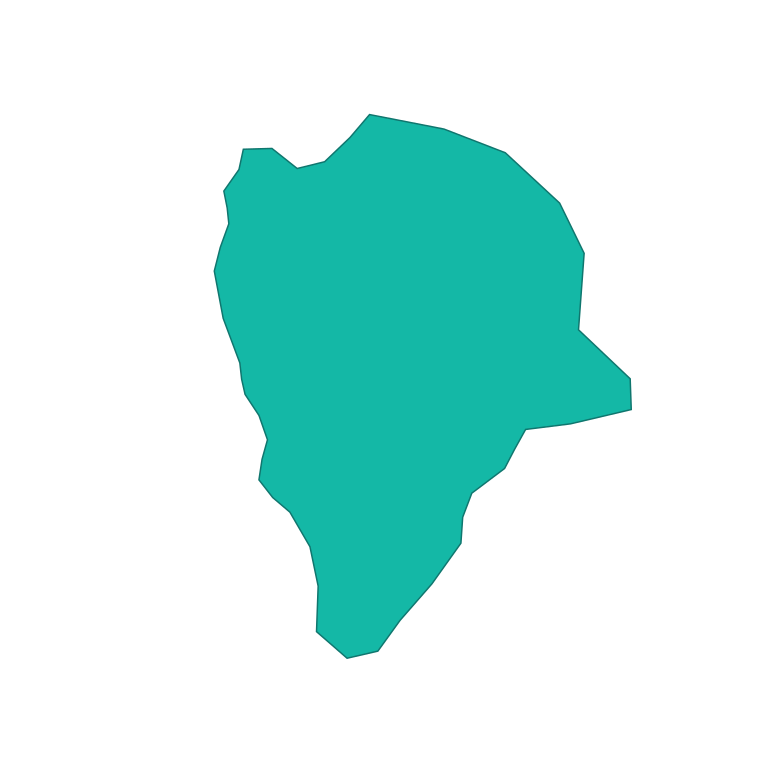 Soroti, Robinson projection, rotated 207°
{"feature_id": "UGA-3074", "entity_name": "Soroti", "entity_type": "District", "adm_level": 1, "iso_a3": "UGA", "parent_name": "Uganda", "parent_adm1": "", "projection": "robinson", "projection_center": [33.599, 1.795], "detail": "fine", "context": "isolated", "style": "filled", "palette": "teal", "viewbox_px": 768, "rotation_deg": 207, "n_neighbors": 0, "source": "natural_earth", "source_scale": "10m", "svg_char_len": 699}
<svg xmlns="http://www.w3.org/2000/svg" viewBox="0 0 768 768"><g transform="rotate(207 384 384)"><path d="M152.1,473.5L199.7,433.2L237.2,407.8L238.0,385.1L238.2,363.5L256.2,326.6L253.4,301.0L243.2,277.1L250.6,227.6L262.4,180.7L268.2,143.2L292.4,122.9L331.7,132.7L350.9,174.0L376.1,205.4L409.7,227.1L431.6,232.3L451.9,241.8L458.5,261.6L462.5,281.4L481.1,299.2L503.1,311.7L513.0,323.6L522.0,337.3L557.1,369.5L586.5,407.6L591.9,431.4L595.0,456.3L603.6,469.6L614.3,483.2L610.6,509.3L615.9,529.3L590.8,543.0L559.2,536.6L537.8,555.1L526.2,588.2L519.2,617.5L446.2,638.4L380.9,645.1L309.6,624.9L265.0,591.3L235.3,520.6L167.0,500.4L152.1,473.5Z" fill="#14b8a6" stroke="#0f766e" stroke-width="1.5"/></g></svg>